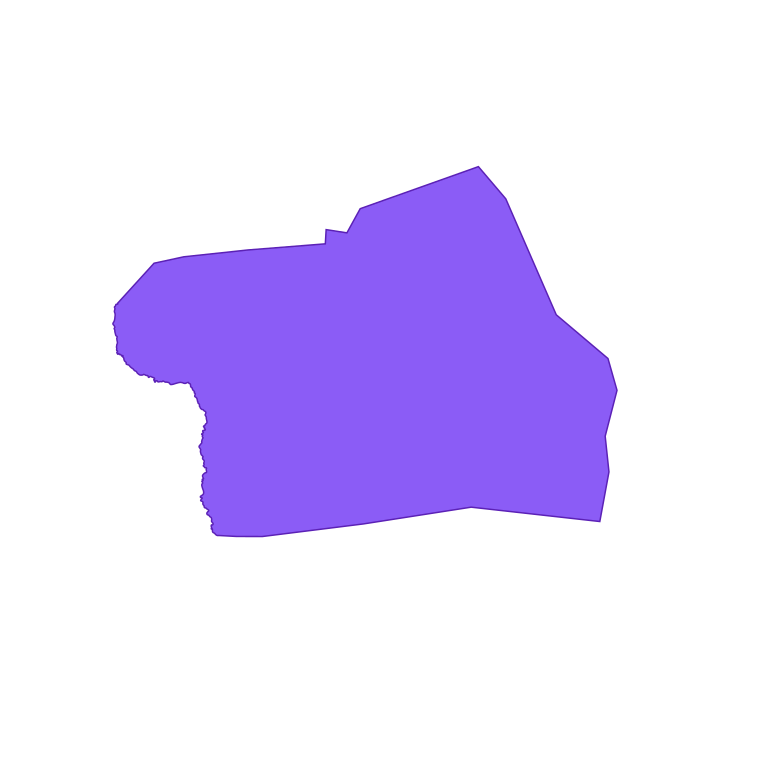 the district of Jargalant, Orhon, Mongolia, rotated 42°
{"feature_id": "93677404B3758114221104", "entity_name": "Jargalant", "entity_type": "district", "adm_level": 2, "iso_a3": "MNG", "parent_name": "Mongolia", "parent_adm1": "Orhon", "projection": "mercator", "projection_center": [104.283, 49.034], "detail": "fine", "context": "isolated", "style": "filled", "palette": "violet", "viewbox_px": 768, "rotation_deg": 42, "n_neighbors": 0, "source": "geoboundaries", "source_scale": "gbopen_adm2", "svg_char_len": 6146}
<svg xmlns="http://www.w3.org/2000/svg" viewBox="0 0 768 768"><g transform="rotate(42 384 384)"><path d="M533.4,215.2L465.7,217.3L416.7,195.0L350.6,164.9L348.4,164.6L308.7,159.3L249.0,269.6L255.3,296.5L239.2,307.0L237.7,308.0L246.6,319.1L193.4,375.2L150.2,423.3L132.3,448.1L132.0,502.2L132.4,502.4L132.6,502.8L132.4,503.1L132.1,503.5L131.8,503.8L131.6,504.2L131.7,504.7L132.0,505.1L132.1,505.5L132.2,506.0L132.1,506.7L132.2,507.2L132.8,507.6L133.5,507.9L134.2,508.9L134.5,509.6L135.2,510.6L136.0,511.1L136.8,511.5L137.4,512.0L138.2,512.8L139.1,514.1L140.1,515.4L140.9,516.7L141.6,518.3L141.7,519.1L141.9,520.0L142.2,520.6L142.8,521.0L143.9,521.1L144.9,521.3L145.9,521.9L146.2,522.3L146.2,522.8L146.3,523.3L146.7,523.6L147.2,523.7L147.9,524.1L149.1,525.3L150.6,526.3L151.9,527.2L152.5,527.4L153.1,527.4L153.6,527.3L154.1,527.4L154.4,527.9L154.6,528.3L154.8,528.7L155.1,529.2L155.7,529.6L156.7,530.5L157.1,530.7L157.7,531.2L158.2,531.6L158.5,532.0L158.9,532.8L159.1,533.5L159.4,534.0L159.9,534.6L160.2,535.2L160.5,535.6L161.1,536.0L161.6,536.4L162.0,536.9L162.4,537.5L162.9,537.9L163.2,537.8L163.8,537.8L164.1,538.0L164.3,538.6L164.3,539.1L164.5,539.5L165.4,539.8L165.9,540.0L166.2,540.0L166.4,539.8L166.3,539.3L166.4,538.9L167.0,538.9L167.5,539.0L167.9,539.0L168.4,538.4L169.0,538.4L169.5,538.4L169.9,538.6L170.3,538.7L170.5,538.4L170.6,537.9L170.8,537.7L171.1,537.7L171.4,538.0L171.7,538.6L172.1,538.7L172.6,538.7L173.3,538.9L174.5,539.9L175.1,540.2L175.5,540.4L176.1,540.5L177.1,540.5L177.9,540.5L178.4,540.9L178.7,541.4L179.0,541.6L179.5,541.6L180.1,541.4L181.6,540.7L182.1,540.7L184.2,541.0L186.1,540.9L187.1,540.7L187.8,540.7L189.2,541.0L189.7,541.0L190.3,540.8L190.8,540.6L191.4,540.5L191.9,540.5L192.8,540.8L193.6,541.0L194.7,540.9L195.4,540.9L196.1,540.7L196.7,540.6L197.8,539.7L198.3,539.2L198.7,538.6L198.9,537.8L199.5,537.4L200.2,537.1L201.2,536.9L202.1,536.4L202.7,535.9L203.3,535.9L203.6,536.2L204.1,536.5L204.4,536.5L204.7,536.5L204.9,536.3L204.9,535.5L205.2,534.9L205.7,534.4L207.1,534.1L208.6,533.4L209.0,533.3L209.6,533.3L210.0,533.7L209.9,534.5L210.2,535.0L210.5,535.1L210.8,534.8L211.1,534.7L211.5,534.9L211.5,535.4L211.9,535.8L212.4,535.9L212.6,535.8L212.7,535.4L212.6,534.5L212.7,533.9L213.0,533.6L213.6,533.5L214.4,533.7L215.0,533.4L216.4,531.6L217.1,531.2L217.5,530.8L217.6,530.1L217.9,529.6L218.4,529.4L219.3,529.2L220.1,529.0L221.0,528.2L222.4,527.3L223.6,526.9L224.1,527.0L224.7,527.2L225.6,527.2L225.9,527.1L226.7,526.3L227.5,525.2L228.8,523.0L230.4,520.5L231.5,519.1L233.1,518.0L234.7,517.4L235.8,516.7L236.4,515.7L236.7,514.9L237.2,514.1L237.5,513.8L237.8,513.8L238.2,513.9L238.8,514.0L239.5,513.7L240.2,513.7L240.9,514.2L241.8,515.1L242.4,515.4L244.4,515.4L244.9,515.9L245.6,516.2L246.3,516.4L247.7,516.4L248.1,516.5L248.5,516.7L248.6,517.1L249.0,517.5L249.9,517.5L250.3,517.6L250.6,518.1L250.9,518.6L251.2,519.3L251.6,519.8L252.2,519.9L252.7,519.8L253.2,519.7L254.5,519.9L255.3,520.4L256.1,520.9L256.7,521.5L257.5,521.7L258.0,522.2L258.6,522.6L260.1,522.6L260.7,522.9L261.1,523.3L261.7,524.0L263.0,524.4L264.1,524.9L264.9,524.8L265.6,524.8L266.2,524.5L266.8,524.1L267.2,524.1L267.6,524.2L268.2,524.3L269.1,524.1L269.7,524.0L270.0,524.0L270.4,524.2L270.8,524.5L271.1,525.0L271.4,525.7L271.6,526.5L272.1,526.9L272.9,527.1L273.4,527.2L273.9,527.5L274.5,527.9L275.0,528.5L275.9,529.2L277.2,530.1L277.9,530.7L278.4,531.5L278.4,532.4L278.2,533.1L278.3,533.8L278.5,534.4L278.6,535.0L278.2,535.6L278.2,536.2L278.6,536.5L279.0,536.6L279.5,536.5L280.0,536.6L280.2,537.1L280.6,537.3L281.0,537.2L281.5,537.2L281.7,537.6L281.8,538.1L281.6,538.5L281.4,538.9L281.0,539.2L280.8,539.4L280.6,539.7L280.6,540.0L280.9,540.5L281.5,540.7L282.1,540.9L282.3,541.0L282.3,541.5L282.1,541.9L282.0,542.5L282.0,543.1L282.2,543.4L282.5,543.5L282.8,543.3L283.1,543.1L283.5,543.3L283.8,543.8L284.0,544.5L284.4,544.7L284.8,544.9L285.4,545.0L285.6,545.3L285.8,546.2L286.0,546.8L286.3,547.5L286.9,548.7L287.5,549.1L288.0,549.8L288.0,551.1L288.1,552.6L288.2,553.9L288.6,554.4L289.1,554.7L291.0,555.1L291.7,555.5L292.5,556.7L292.9,557.2L294.6,558.3L295.4,558.8L296.6,558.9L297.6,559.0L298.2,559.2L298.7,560.5L299.1,560.8L299.7,561.1L301.3,561.2L301.8,561.4L302.4,562.0L302.8,563.1L303.0,563.4L303.3,563.7L303.8,563.8L304.2,564.2L304.3,564.6L304.3,565.2L304.4,565.6L304.6,565.8L305.1,565.8L305.8,565.8L306.2,565.9L306.6,566.0L307.0,566.0L307.4,565.7L307.9,565.3L308.0,565.2L308.4,565.3L308.7,565.7L308.9,566.2L309.2,566.7L309.5,566.9L310.2,567.3L310.7,567.8L311.1,568.2L311.1,568.5L311.1,569.0L310.6,569.6L310.3,570.3L310.2,571.6L310.2,572.8L310.5,573.6L310.8,573.9L311.4,574.3L312.0,574.5L312.4,574.8L313.1,575.0L313.3,575.4L313.2,575.7L312.8,576.1L312.8,576.5L313.0,576.7L313.6,576.7L314.0,576.8L314.1,577.2L313.9,577.5L313.7,577.9L313.8,578.2L314.1,578.4L314.6,578.4L315.2,578.7L315.6,579.1L315.6,579.5L315.7,580.2L316.0,580.8L316.7,581.5L317.9,582.3L319.4,583.2L321.0,584.0L322.2,584.9L322.9,585.7L323.3,586.4L323.4,587.0L323.4,587.8L323.2,588.5L322.8,590.2L323.0,590.7L323.4,591.0L323.7,591.0L324.0,590.9L324.6,590.4L325.0,590.4L325.3,590.5L325.4,591.0L325.4,592.2L325.5,592.8L325.8,593.3L326.5,593.3L327.1,593.0L327.7,592.8L328.3,592.9L328.9,593.3L329.3,594.0L330.0,594.6L330.8,594.8L331.4,594.8L332.0,595.1L332.4,595.5L332.8,595.8L333.3,595.9L333.9,595.8L334.4,595.5L334.9,595.3L335.4,595.3L335.8,595.3L336.2,595.4L336.8,595.2L337.5,595.1L338.1,595.1L338.5,595.5L338.7,596.0L338.5,596.6L338.6,598.1L338.9,598.7L339.4,599.1L340.0,599.3L340.6,599.2L341.2,598.9L342.0,598.8L342.5,598.9L343.3,599.1L343.8,599.0L344.6,598.9L345.1,598.9L345.9,599.4L346.8,600.2L347.2,600.9L347.8,601.5L348.3,601.7L348.8,601.7L349.5,601.8L350.2,602.0L350.7,602.5L350.9,603.0L350.8,603.6L350.2,604.0L350.1,604.5L350.4,604.9L350.7,605.3L351.9,606.0L352.2,606.5L352.3,606.9L352.6,607.2L352.9,607.2L353.2,606.7L353.4,606.6L353.7,606.8L354.2,607.3L354.6,607.8L355.2,608.3L355.7,608.6L356.2,608.7L356.8,608.6L357.6,608.4L358.0,608.3L358.7,608.4L359.5,608.5L360.2,608.5L361.1,608.3L361.7,608.0L362.5,607.2L376.4,596.0L395.6,578.8L462.3,501.8L531.2,417.2L636.4,341.8L610.0,298.8L583.3,274.8L561.4,232.8L533.4,215.2Z" fill="#8b5cf6" stroke="#5b21b6" stroke-width="1.5"/></g></svg>